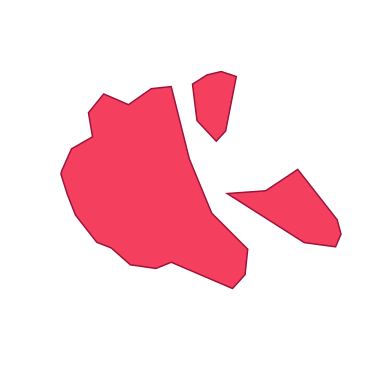 map outline of Hong Kong S.A.R. (Mercator projection), rotated 232°
{"feature_id": "HKG", "entity_name": "Hong Kong S.A.R.", "entity_type": "country or territory", "adm_level": 0, "iso_a3": "HKG", "parent_name": "Asia", "parent_adm1": "", "projection": "mercator", "projection_center": [114.112, 22.38], "detail": "fine", "context": "isolated", "style": "filled", "palette": "rose", "viewbox_px": 384, "rotation_deg": 232, "n_neighbors": 0, "source": "natural_earth", "source_scale": "50m", "svg_char_len": 629}
<svg xmlns="http://www.w3.org/2000/svg" viewBox="0 0 384 384"><g transform="rotate(232 192 192)"><path d="M154.0,116.4L155.5,115.0L172.6,98.6L197.7,93.9L211.0,86.0L245.6,86.0L266.8,92.3L286.9,99.8L288.8,102.2L300.2,123.6L296.7,147.6L318.2,159.2L323.6,182.8L299.9,195.7L298.5,223.5L287.9,240.5L219.6,210.2L163.2,194.5L112.6,200.7L94.2,182.9L91.0,164.5L149.4,132.4L154.0,116.4ZM144.7,289.2L80.8,289.3L67.1,283.5L60.4,271.4L83.0,249.3L169.1,218.8L147.6,250.8L144.7,289.2ZM268.9,289.2L255.7,298.0L219.4,256.1L217.1,242.4L245.2,239.9L276.7,258.8L275.0,276.0L268.9,289.2Z" fill="#f43f5e" stroke="#9f1239" stroke-width="1.5"/></g></svg>